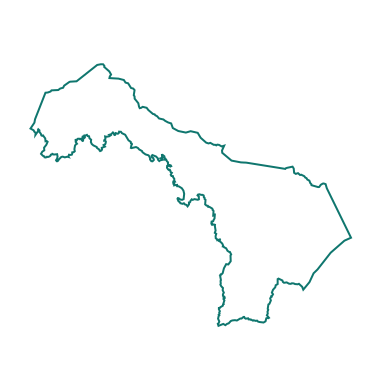 the district of Upper Denkyira West, Central, Ghana, rotated 172°
{"feature_id": "2480657B72362309510067", "entity_name": "Upper Denkyira West", "entity_type": "district", "adm_level": 2, "iso_a3": "GHA", "parent_name": "Ghana", "parent_adm1": "Central", "projection": "orthographic", "projection_center": [-1.984, 6.106], "detail": "fine", "context": "isolated", "style": "outline", "palette": "teal", "viewbox_px": 384, "rotation_deg": 172, "n_neighbors": 0, "source": "geoboundaries", "source_scale": "gbopen_adm2", "svg_char_len": 6030}
<svg xmlns="http://www.w3.org/2000/svg" viewBox="0 0 384 384"><g transform="rotate(172 192 192)"><path d="M40.9,124.6L58.0,177.0L58.6,181.2L60.4,182.1L61.4,182.1L63.5,181.2L65.3,179.3L66.4,179.3L72.7,182.1L72.7,183.1L73.6,184.3L74.2,186.9L76.1,188.3L76.7,189.8L77.8,190.5L78.6,192.0L81.4,193.9L82.6,193.8L84.4,195.9L86.7,195.5L88.2,196.8L88.0,201.1L88.9,203.1L94.5,202.7L95.9,202.4L96.4,201.9L134.1,213.5L139.4,214.5L148.5,217.6L156.6,226.6L156.5,228.9L153.7,233.4L156.3,233.0L158.7,234.9L160.4,235.4L161.5,234.8L162.4,235.5L163.9,235.7L167.0,238.1L168.9,237.8L171.1,238.9L175.9,244.5L178.1,249.8L184.9,252.4L189.8,251.7L197.1,254.3L202.1,258.0L203.1,262.8L206.0,264.2L208.7,266.2L210.2,267.8L214.4,269.4L216.0,271.9L217.7,273.1L218.2,274.1L219.8,274.7L223.8,279.2L225.2,281.7L229.0,283.2L230.7,282.4L232.1,282.3L232.6,284.0L232.8,287.4L235.8,292.4L235.6,294.7L236.2,295.9L234.7,300.9L235.8,302.6L237.9,303.5L240.1,308.5L242.6,309.6L243.9,312.4L249.0,314.5L257.9,316.3L257.3,317.9L255.8,319.6L257.1,322.9L261.5,328.0L261.2,329.0L262.2,330.8L264.4,331.2L268.2,331.0L290.9,317.7L297.3,318.2L298.2,318.0L303.8,315.1L305.1,313.2L308.1,312.8L310.3,311.6L317.0,312.2L318.1,311.2L320.9,310.6L323.3,310.7L337.3,285.9L338.4,282.6L343.1,277.3L340.3,275.2L339.6,273.4L338.6,272.4L339.1,270.3L335.9,273.8L335.8,275.1L335.5,275.5L334.5,274.3L334.7,272.6L333.6,270.8L333.3,269.0L332.6,268.5L331.7,268.8L329.9,265.5L330.0,262.6L328.8,262.7L328.0,261.8L329.7,259.0L332.3,256.5L332.5,253.8L334.6,252.8L336.2,250.8L334.6,248.6L333.3,247.8L333.2,246.9L331.9,246.5L330.7,247.1L329.9,246.7L328.3,247.0L327.2,247.6L326.6,248.6L325.4,248.7L325.0,249.2L323.6,248.3L320.3,248.2L320.2,245.8L320.9,243.9L322.2,242.4L321.7,241.3L321.0,241.2L320.3,241.6L319.2,242.9L316.5,244.9L315.1,245.0L313.1,244.0L310.6,244.3L309.6,243.9L309.9,244.4L308.9,245.0L308.6,246.0L307.1,245.6L305.8,245.7L305.1,247.0L305.1,247.9L303.2,248.1L302.4,248.7L302.5,250.8L301.4,254.2L300.5,255.2L299.2,255.8L300.2,257.7L300.0,259.8L299.3,259.9L299.1,259.1L297.7,260.6L296.3,260.5L295.7,259.9L294.6,260.2L293.9,258.6L293.3,257.8L292.8,257.9L292.5,258.7L292.8,260.9L292.6,262.1L292.0,262.3L291.9,261.5L291.1,261.9L290.8,260.7L290.5,260.9L290.4,262.9L289.8,262.7L288.1,263.2L287.5,261.9L286.2,261.5L286.0,259.4L284.6,257.8L285.2,255.6L284.6,253.5L283.2,251.9L280.1,249.8L279.9,248.8L277.8,246.8L277.8,246.0L277.3,245.3L275.9,245.7L275.2,246.6L275.2,248.3L271.9,249.1L273.0,250.8L271.3,251.4L270.6,252.7L270.3,254.1L271.1,255.0L271.8,255.0L271.7,255.5L270.3,256.7L270.3,259.1L269.0,258.6L266.3,258.7L264.8,259.4L265.7,260.2L263.9,260.5L262.0,262.0L261.4,261.3L261.1,259.6L260.7,259.2L260.1,259.3L259.3,260.9L257.3,260.0L256.1,260.8L255.8,261.9L254.0,261.5L253.2,260.0L250.2,258.0L247.7,252.0L245.7,250.2L245.7,248.8L244.9,248.3L244.8,247.7L245.5,246.8L246.4,244.2L245.9,243.9L241.2,244.3L239.4,243.1L238.4,241.5L235.8,239.5L235.5,238.3L232.8,235.7L230.0,234.4L229.3,233.2L228.8,230.9L229.0,230.0L228.0,228.2L226.8,227.9L225.3,229.1L225.6,231.0L226.7,231.7L226.9,232.2L226.9,233.4L226.1,234.1L222.7,232.2L221.3,230.3L221.1,228.6L220.1,227.2L219.0,227.8L216.5,228.0L216.8,229.2L218.1,229.8L216.8,230.1L216.6,232.9L216.0,232.9L214.4,231.2L214.4,230.4L214.9,230.0L213.8,228.9L214.5,227.8L213.0,227.5L212.6,226.0L211.6,224.7L212.0,222.9L211.5,222.3L209.4,221.4L209.0,220.5L209.9,220.2L210.8,221.0L213.0,221.2L213.4,219.5L212.5,217.7L211.1,217.2L211.4,216.7L210.5,216.1L210.3,214.5L209.3,213.8L210.7,212.0L210.1,210.7L208.7,210.4L208.6,209.2L207.7,207.5L208.0,206.0L207.4,204.5L207.9,204.4L208.3,205.3L209.0,205.1L209.3,204.1L208.9,203.2L209.3,202.7L208.8,201.6L208.2,202.0L208.0,201.5L208.3,201.1L205.8,201.1L205.9,199.8L204.4,199.5L201.6,197.2L200.3,194.6L200.0,191.3L201.3,186.1L202.9,185.6L204.7,186.2L206.1,187.7L206.9,187.9L207.3,187.3L206.7,184.8L205.2,183.2L205.1,182.5L203.0,181.6L201.6,182.0L200.9,180.8L199.3,180.0L198.4,178.4L196.7,180.2L196.5,182.0L195.8,181.9L195.1,182.5L194.7,183.5L193.3,184.8L192.4,184.1L190.6,184.6L187.3,183.5L186.2,183.8L185.9,186.6L187.0,187.9L186.4,188.6L185.0,188.7L183.3,187.9L181.9,187.7L180.9,186.9L181.0,185.2L180.4,184.6L180.5,183.3L179.7,182.4L180.7,177.9L179.5,176.5L178.2,176.1L178.0,175.0L176.9,174.9L174.4,172.9L173.9,171.9L174.1,171.4L173.3,170.2L174.3,165.6L173.7,165.6L173.2,166.8L172.5,166.6L173.4,162.6L174.5,161.3L175.1,160.1L176.7,160.0L177.2,158.2L177.0,157.3L176.4,157.5L176.3,156.7L174.9,156.8L173.8,156.3L174.1,155.2L174.0,150.5L175.1,148.4L173.8,147.2L174.8,145.0L174.9,142.8L174.0,142.1L173.7,140.7L171.0,141.2L170.9,140.8L172.1,140.1L172.1,139.7L171.0,139.0L169.2,136.7L168.7,134.9L169.1,133.8L168.2,133.5L167.9,132.8L166.0,131.5L165.0,128.8L163.3,127.3L162.8,127.3L161.9,124.7L162.7,123.8L163.3,118.1L166.1,115.2L168.2,115.8L171.0,112.0L172.9,107.4L174.0,106.5L175.0,106.5L175.7,105.7L175.3,105.4L175.8,104.5L175.6,100.7L176.1,100.0L176.3,97.1L176.8,96.3L176.1,94.5L174.7,92.6L175.3,90.5L174.5,87.9L175.6,86.4L175.8,84.9L174.5,83.8L174.3,82.5L174.7,82.2L175.5,82.6L175.7,81.4L175.0,80.2L176.3,77.5L176.2,76.6L176.9,76.4L177.3,75.1L180.1,73.9L180.6,73.3L181.5,73.4L181.7,72.2L181.0,70.1L181.8,68.9L181.6,67.8L182.6,66.8L182.1,66.1L182.9,65.4L183.8,62.9L183.0,59.9L183.8,58.5L184.8,57.9L184.4,55.8L179.4,57.0L177.5,55.5L175.5,56.6L174.0,56.8L171.6,58.8L170.0,59.2L167.3,59.1L165.4,58.5L161.8,60.0L160.5,59.8L158.4,61.1L157.7,61.0L157.3,59.8L156.5,59.1L154.0,59.1L153.7,58.0L152.8,58.0L152.0,57.4L151.5,57.6L149.5,56.1L148.8,56.4L146.8,55.5L145.5,55.6L144.8,54.6L143.4,53.9L139.3,52.8L137.2,53.7L136.0,56.6L134.9,56.8L134.0,56.4L133.3,56.7L135.0,59.5L133.9,61.0L133.9,62.9L132.9,64.8L133.3,65.7L132.0,70.0L130.9,70.5L129.0,73.6L129.4,75.7L128.7,76.7L127.8,77.1L128.0,77.8L127.1,78.1L126.0,79.5L126.9,81.2L125.4,83.9L122.8,86.1L122.1,88.0L120.0,88.9L119.3,93.8L118.4,94.2L114.8,91.8L114.5,90.3L113.5,89.3L110.8,89.3L108.7,87.7L106.9,87.3L105.8,87.7L104.0,87.3L102.8,86.5L100.1,85.9L98.9,86.2L96.1,82.8L95.4,79.8L88.2,86.4L82.9,94.6L78.5,97.8L63.1,112.6L47.8,122.6L40.9,124.6Z" fill="none" stroke="#0f766e" stroke-width="2"/></g></svg>